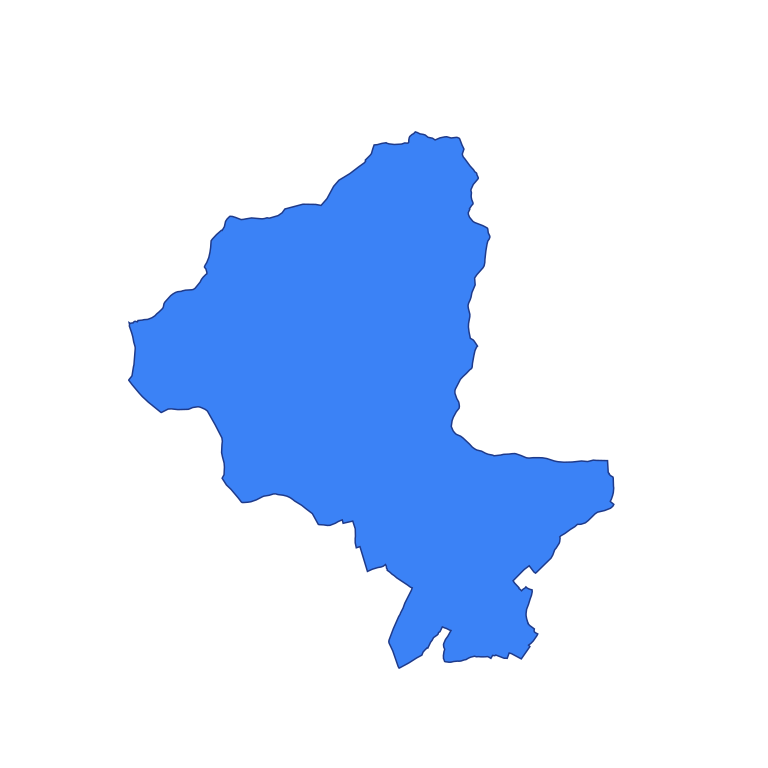 the district of Camarasu, Cluj, Romania, rotated 293°
{"feature_id": "2599482B70650065954419", "entity_name": "Camarasu", "entity_type": "district", "adm_level": 2, "iso_a3": "ROU", "parent_name": "Romania", "parent_adm1": "Cluj", "projection": "mercator", "projection_center": [24.122, 46.788], "detail": "fine", "context": "isolated", "style": "filled", "palette": "blue", "viewbox_px": 768, "rotation_deg": 293, "n_neighbors": 0, "source": "geoboundaries", "source_scale": "gbopen_adm2", "svg_char_len": 6171}
<svg xmlns="http://www.w3.org/2000/svg" viewBox="0 0 768 768"><g transform="rotate(293 384 384)"><path d="M606.9,291.7L604.7,288.1L601.7,284.3L600.2,281.5L596.0,281.8L591.2,282.4L589.2,281.9L582.8,279.3L581.9,280.0L580.0,279.5L574.6,276.2L564.4,270.4L554.0,262.9L546.3,260.4L532.4,259.1L523.8,256.3L522.6,250.9L517.8,239.1L506.4,224.4L501.7,223.3L497.6,220.7L491.8,213.6L491.3,211.4L489.6,209.3L488.4,207.3L485.1,197.2L481.8,192.0L480.7,190.4L479.5,188.2L479.3,182.2L479.0,179.0L478.3,176.9L478.0,176.5L474.6,175.1L471.8,174.6L466.4,175.6L462.1,175.0L462.0,174.3L456.2,171.5L450.4,169.4L448.3,168.9L441.9,171.1L437.4,172.3L432.1,173.3L426.4,173.4L424.1,173.0L421.9,172.9L421.4,173.1L421.1,173.5L420.4,175.0L417.6,177.3L416.2,177.9L415.2,177.2L411.7,175.8L409.0,175.1L405.9,174.9L398.3,172.7L396.5,171.5L395.5,170.0L392.8,164.6L390.8,161.8L390.2,161.4L388.4,158.1L386.9,156.4L384.4,154.5L381.9,153.1L373.8,150.3L372.0,150.1L368.6,150.8L367.1,150.7L362.3,148.7L359.8,147.4L357.3,146.5L354.3,144.5L351.1,141.2L349.5,138.0L348.3,136.4L346.3,132.7L345.3,132.8L344.8,132.6L344.5,130.5L344.0,129.8L343.0,129.3L342.1,129.1L341.8,128.3L340.7,126.8L340.9,125.4L339.2,126.6L337.9,126.9L332.2,132.0L329.3,134.3L324.9,137.2L320.8,140.5L319.3,141.2L304.0,146.3L302.1,146.6L293.2,148.8L292.5,148.7L288.2,147.5L287.7,147.6L284.8,152.7L279.8,162.5L278.0,166.4L275.2,174.1L270.7,189.8L270.8,190.2L276.6,195.1L278.0,197.9L279.9,204.3L284.2,213.7L285.2,214.8L287.6,217.1L290.4,221.7L290.8,223.4L290.9,225.4L290.8,229.3L290.1,232.0L280.5,244.5L271.1,255.8L268.1,257.6L265.0,258.5L257.4,261.3L253.8,263.8L248.8,267.7L245.1,269.6L238.0,272.2L234.0,271.8L229.5,278.4L227.3,284.2L222.2,294.3L219.6,298.9L219.5,299.8L220.3,301.6L221.9,304.7L223.6,307.5L227.4,311.7L232.9,316.3L233.8,317.2L236.7,321.8L239.6,325.2L240.5,327.1L240.8,329.6L242.2,334.5L242.8,338.4L242.8,339.8L242.7,342.1L242.0,345.4L241.4,347.4L240.2,355.6L238.8,360.5L236.7,368.7L229.1,378.4L229.2,379.2L230.7,383.4L231.7,387.2L232.8,389.5L236.8,393.6L239.5,395.6L242.0,398.0L242.6,398.7L239.8,400.8L245.6,408.8L239.5,414.1L232.7,417.2L230.4,417.9L226.5,419.6L222.4,422.5L224.9,425.4L205.0,442.0L209.0,445.7L212.6,450.0L214.4,452.8L216.1,454.6L218.4,455.9L217.1,457.4L215.4,458.3L214.8,459.4L213.8,459.7L213.1,462.9L212.1,465.6L211.6,468.2L210.5,471.6L208.2,484.1L207.5,486.9L207.3,488.1L207.4,489.6L204.9,489.8L190.5,488.8L185.2,489.1L179.8,488.7L178.2,488.8L175.8,488.4L162.5,488.2L150.3,488.7L149.0,489.0L148.2,489.4L147.4,490.0L141.8,496.3L129.5,507.4L128.4,508.8L128.5,509.1L137.3,516.1L144.6,521.1L149.2,524.8L152.4,524.7L154.9,525.5L158.0,526.8L158.0,527.5L164.5,527.8L166.8,528.4L169.9,528.7L173.8,531.1L174.9,531.5L176.5,531.3L177.9,532.3L183.2,532.6L183.2,535.5L183.4,536.7L183.1,540.5L183.3,542.0L176.8,541.3L172.8,540.4L168.5,540.4L167.3,540.6L165.2,541.8L163.8,543.3L163.2,543.6L161.0,543.8L157.2,544.8L154.4,546.1L154.0,546.7L152.3,548.2L152.3,548.9L153.3,552.5L154.1,554.3L155.8,556.6L157.7,560.1L158.1,561.3L159.1,563.1L161.4,565.7L162.4,567.2L164.6,568.8L166.4,570.5L168.8,573.7L169.0,575.6L170.0,577.6L170.7,579.8L172.4,583.7L173.5,585.7L173.6,586.9L173.2,589.6L176.6,590.0L177.2,592.2L178.2,592.8L178.5,601.8L179.2,603.3L179.6,604.6L185.3,604.3L185.6,606.6L184.6,617.8L199.3,620.9L200.1,619.1L202.7,620.6L205.8,621.8L212.1,623.1L214.0,623.2L214.2,620.7L214.6,619.2L215.9,618.4L217.3,618.1L218.6,612.6L219.7,610.2L220.1,610.3L220.9,609.3L223.7,607.0L226.3,605.3L228.1,604.5L232.3,603.3L237.6,603.1L243.4,602.5L247.2,602.3L250.7,601.6L252.4,600.7L252.1,599.1L252.0,597.0L252.2,595.2L252.7,593.9L251.1,593.4L249.6,592.3L247.4,591.4L248.2,589.5L248.3,588.5L248.6,588.1L249.2,587.9L251.8,582.0L253.3,579.7L266.7,585.0L268.3,585.7L273.4,588.7L269.5,595.5L269.1,597.4L270.5,598.1L289.0,605.8L292.7,606.2L298.1,605.9L300.3,606.6L306.0,607.5L307.6,607.3L311.0,606.3L311.9,605.5L313.2,606.0L317.4,609.1L322.8,612.3L327.2,615.4L330.4,616.9L331.4,619.2L332.1,620.4L334.9,623.6L338.0,625.3L346.9,629.0L349.4,630.6L353.7,636.5L358.1,641.0L359.6,641.8L361.3,642.5L363.0,642.6L364.2,638.4L364.4,638.1L366.8,638.3L370.8,638.0L373.7,637.5L378.0,636.1L379.5,635.2L386.9,631.8L387.8,631.1L388.0,629.4L388.3,628.0L389.1,626.3L389.6,626.3L390.1,625.0L400.8,619.7L396.6,609.2L395.7,606.4L392.2,601.8L390.3,595.9L385.7,587.7L382.3,580.2L380.5,574.7L380.1,573.0L379.7,570.9L379.0,563.0L378.0,558.8L376.9,555.9L374.4,550.0L372.5,546.5L371.8,544.3L371.7,543.0L371.7,538.2L371.3,532.6L371.0,531.4L369.9,529.1L368.3,526.4L365.9,521.4L364.2,519.2L360.9,513.3L361.0,511.9L360.0,507.3L359.9,504.4L360.3,500.1L359.5,495.3L359.6,493.8L359.9,492.0L360.4,489.9L362.1,486.2L365.2,477.8L365.9,474.9L365.9,470.7L366.1,469.6L366.8,467.9L367.9,465.9L371.2,462.5L376.9,461.0L380.5,460.8L386.7,461.4L391.0,462.6L393.0,462.1L395.2,460.8L396.6,459.8L399.0,456.7L403.2,452.9L405.5,451.9L407.2,451.7L418.2,452.5L421.5,453.7L426.0,455.7L430.6,457.4L432.2,458.4L433.1,458.6L434.2,458.5L437.5,457.4L445.4,455.6L450.3,454.7L454.1,454.8L455.4,455.3L458.7,450.3L459.4,448.9L459.8,445.6L465.2,441.9L469.5,439.4L472.7,438.2L479.5,436.7L481.7,435.8L486.6,432.1L488.8,430.8L490.1,430.5L491.6,430.3L495.2,430.4L497.8,430.2L502.5,429.2L510.8,429.2L517.0,426.0L521.0,426.8L529.6,429.7L531.9,430.0L535.3,429.3L537.9,428.3L546.2,425.8L552.9,424.2L556.1,423.7L558.5,424.2L560.5,424.1L561.5,423.6L563.9,420.9L567.3,418.9L567.9,418.2L568.2,415.7L568.4,413.0L568.1,404.5L568.4,402.4L570.9,397.6L573.1,395.4L574.7,394.6L578.4,394.7L578.7,394.2L582.6,394.9L584.1,395.5L584.8,395.5L585.7,395.0L587.9,392.8L589.6,391.6L591.0,390.8L594.2,389.8L595.9,388.5L597.1,388.1L602.6,388.2L609.2,390.3L610.2,390.4L610.8,390.1L612.9,387.8L614.1,387.0L614.4,386.5L614.9,384.5L616.1,382.9L618.4,377.9L622.8,370.5L624.0,368.2L625.4,366.8L626.4,366.2L631.5,365.8L634.5,362.4L639.2,357.9L639.6,357.2L639.6,355.1L639.3,354.2L636.7,349.7L636.1,345.1L635.1,343.2L632.4,339.3L628.6,335.7L629.2,332.6L628.3,328.1L629.3,324.7L629.1,322.6L628.3,319.3L628.5,316.6L628.3,314.3L626.1,313.5L624.6,312.3L621.9,311.0L620.5,311.0L618.2,311.5L616.3,312.3L615.1,311.9L614.7,311.1L614.0,308.9L611.7,306.4L608.5,299.9L607.0,294.8L606.7,291.9L606.9,291.7Z" fill="#3b82f6" stroke="#1e3a8a" stroke-width="1.5"/></g></svg>